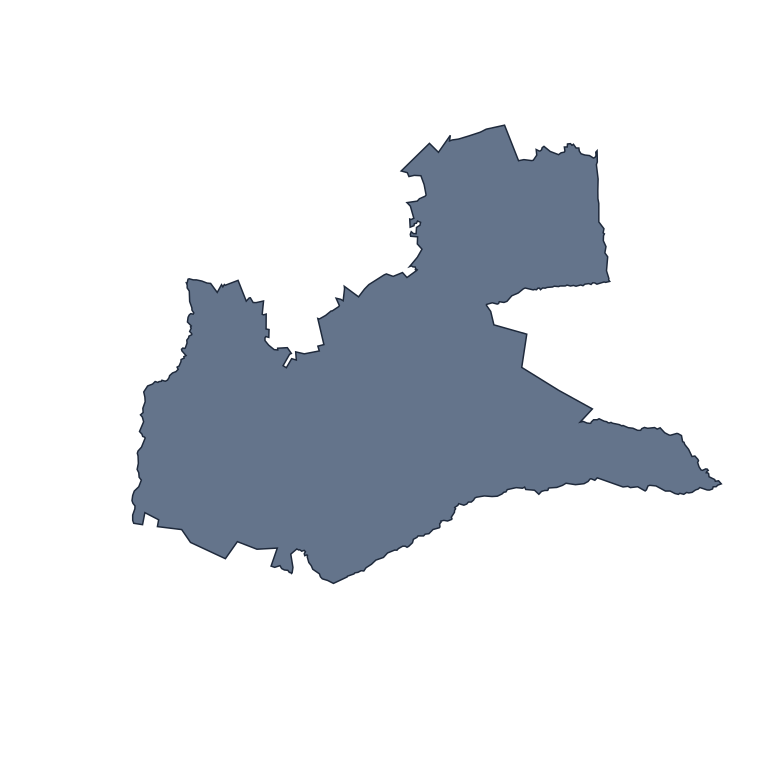 outline of Goromonzi, Mashonaland East, Zimbabwe, rotated 70°
{"feature_id": "62879985B13905566839040", "entity_name": "Goromonzi", "entity_type": "district", "adm_level": 2, "iso_a3": "ZWE", "parent_name": "Zimbabwe", "parent_adm1": "Mashonaland East", "projection": "albers", "projection_center": [31.401, -17.8], "detail": "fine", "context": "isolated", "style": "filled", "palette": "slate", "viewbox_px": 768, "rotation_deg": 70, "n_neighbors": 0, "source": "geoboundaries", "source_scale": "gbopen_adm2", "svg_char_len": 6170}
<svg xmlns="http://www.w3.org/2000/svg" viewBox="0 0 768 768"><g transform="rotate(70 384 384)"><path d="M237.7,104.0L238.6,105.7L241.8,106.6L243.3,108.3L243.3,109.9L239.6,112.8L237.5,117.0L235.0,120.1L231.9,120.8L228.9,120.2L227.9,122.8L223.5,124.0L224.0,125.7L221.9,126.6L221.2,129.5L223.9,130.7L223.0,133.5L226.9,134.3L227.8,135.2L227.3,138.5L228.2,141.5L222.3,148.3L215.4,152.4L216.0,154.5L217.9,155.9L218.4,157.5L218.2,158.4L215.7,160.8L221.2,162.2L224.8,167.2L224.6,168.8L221.0,175.8L220.2,181.2L182.0,182.2L179.5,200.8L180.3,207.4L179.9,219.8L179.3,230.4L178.0,236.4L178.0,239.3L173.0,236.6L184.9,253.6L173.4,259.0L189.7,295.0L193.4,289.8L197.6,289.6L198.3,284.2L200.9,278.1L210.4,278.1L220.8,279.8L221.6,281.1L222.0,287.3L223.5,290.2L221.4,300.4L225.9,298.4L238.5,299.3L238.7,302.2L237.8,303.4L245.6,305.8L245.5,301.7L243.7,300.6L244.0,298.5L242.3,296.8L244.6,294.3L247.1,295.9L248.0,299.9L253.7,302.4L252.7,304.9L250.2,306.3L252.3,308.1L254.3,308.4L257.2,302.1L263.8,304.8L270.3,302.2L276.3,309.3L282.4,319.8L282.4,317.8L283.8,316.8L284.7,314.7L286.8,314.8L287.6,314.1L287.6,315.2L288.5,314.5L291.8,326.0L285.6,328.5L286.0,338.6L281.4,344.1L281.5,346.5L285.4,364.2L288.1,369.8L293.4,378.1L278.6,387.9L281.0,388.5L291.8,393.9L289.6,395.7L287.0,399.7L295.0,399.1L295.8,400.1L297.6,407.6L297.3,408.8L299.6,415.4L300.8,422.6L299.8,423.8L326.4,427.0L325.8,433.2L330.8,433.5L328.4,448.6L323.6,456.0L331.5,458.2L328.6,462.1L335.3,470.2L332.3,472.6L323.8,462.6L323.6,460.6L316.8,462.4L314.0,471.7L315.7,472.2L314.1,475.5L308.0,479.1L302.5,481.0L299.8,480.0L299.0,478.8L300.8,476.3L293.5,473.4L292.0,476.0L278.0,470.8L277.8,473.6L276.8,474.6L264.8,468.8L263.8,476.3L262.7,479.1L257.3,480.1L257.0,481.2L259.0,485.1L236.7,485.7L236.9,499.4L235.9,500.0L237.6,502.2L235.1,502.7L240.9,509.4L230.2,512.5L228.6,515.8L225.0,519.9L222.1,524.5L220.9,527.6L218.5,531.1L218.5,532.3L221.8,534.5L221.4,535.1L223.7,535.1L226.4,536.1L230.1,535.2L240.0,538.4L246.8,538.5L248.9,539.2L252.2,538.4L253.1,539.5L251.8,541.5L252.5,543.4L254.3,545.3L258.5,547.5L263.6,545.2L264.1,546.3L265.6,546.1L268.2,548.7L270.8,547.5L271.9,547.8L272.3,550.9L273.8,551.9L275.3,554.3L278.2,555.1L282.2,558.4L282.3,559.4L281.4,560.7L282.1,562.4L283.7,562.6L289.6,560.3L289.8,562.7L291.3,562.9L291.6,566.3L293.6,567.2L297.0,570.4L297.4,572.7L299.8,572.4L301.2,575.2L301.3,579.0L302.8,582.6L304.5,583.8L306.3,586.2L306.6,588.6L304.5,591.4L305.3,592.2L304.8,594.6L305.2,595.9L303.4,598.2L304.9,601.5L305.0,606.8L309.3,612.5L314.6,613.2L319.0,614.5L324.3,618.9L328.4,620.1L329.7,623.4L332.3,622.4L337.3,622.8L345.0,630.0L348.4,628.6L350.7,628.7L352.0,627.2L353.1,626.9L360.4,633.5L362.8,638.0L364.7,639.5L367.4,639.7L374.6,642.0L379.8,645.2L383.5,644.8L387.9,646.0L391.3,644.9L396.7,649.6L399.2,655.3L402.8,658.3L407.4,660.7L410.3,660.7L413.4,659.7L416.1,660.8L421.2,665.0L426.2,666.8L429.3,666.8L433.6,659.0L423.1,652.7L434.5,642.2L440.5,645.7L451.6,623.9L466.7,620.0L493.9,592.8L482.0,575.7L495.8,559.9L501.7,540.4L516.5,552.4L518.9,549.4L519.1,543.9L522.4,543.3L524.7,541.2L526.2,538.1L528.7,537.4L529.3,536.1L530.4,535.8L530.0,534.9L525.2,532.3L512.0,529.8L509.2,522.4L510.9,520.8L510.9,519.9L513.0,518.5L513.0,515.9L514.7,515.2L516.2,517.0L518.2,517.2L518.2,515.0L518.8,514.5L520.4,515.3L526.1,515.7L529.8,514.5L533.7,514.3L540.3,509.6L543.4,509.7L546.0,508.6L549.3,504.2L554.1,499.7L552.7,484.6L552.1,484.1L552.2,477.2L551.5,475.9L552.1,472.9L551.6,469.4L552.8,466.9L550.5,463.7L549.1,457.4L546.7,451.9L546.8,443.8L544.0,438.5L543.7,430.9L544.6,428.6L543.6,426.8L542.8,421.9L543.7,419.5L545.3,418.2L545.0,416.3L542.9,411.5L540.0,409.5L539.4,405.5L538.4,403.9L540.3,398.8L539.2,396.7L540.0,393.0L537.5,387.7L538.0,381.2L537.4,380.3L534.4,379.5L533.3,377.6L532.3,377.5L532.6,374.4L534.5,371.1L534.4,366.7L533.8,366.2L532.2,366.3L528.7,361.7L526.9,360.9L525.8,359.4L524.2,359.8L523.3,356.1L522.0,354.7L525.2,350.4L525.1,347.3L523.8,345.1L524.8,342.4L523.7,339.5L522.3,337.8L522.0,336.0L523.5,328.0L526.7,321.0L528.2,315.9L527.7,310.7L526.7,308.4L527.1,306.3L525.4,304.3L526.6,295.2L529.3,289.5L529.0,287.1L531.6,286.9L535.3,278.9L540.6,276.2L538.8,272.7L539.0,269.5L539.9,266.9L539.7,266.1L538.3,265.2L538.2,264.2L540.3,257.0L540.3,250.9L539.5,246.9L544.1,238.5L546.1,230.1L545.4,225.6L543.8,223.0L543.8,221.9L546.6,218.8L545.1,215.7L562.5,194.6L563.6,189.8L565.6,188.0L567.3,180.8L573.8,175.2L573.2,173.6L570.1,170.8L570.1,168.9L572.8,163.3L580.8,156.2L582.4,151.8L586.4,148.1L588.4,145.1L587.9,143.4L590.2,140.0L589.4,136.7L590.6,134.9L591.2,131.5L590.1,127.4L590.2,124.8L589.3,122.6L594.1,116.6L595.0,114.4L595.0,111.2L593.2,109.8L594.1,107.0L593.2,104.9L593.2,101.2L589.4,102.7L588.7,105.9L586.9,105.9L582.3,110.3L579.3,109.6L578.2,110.2L577.6,111.5L576.6,110.6L576.1,108.9L574.5,109.4L573.8,110.8L574.1,114.2L573.2,115.5L569.5,116.3L564.9,116.1L563.7,114.7L562.2,114.8L558.0,116.5L557.5,119.4L549.6,120.1L543.6,122.1L541.4,122.0L540.3,123.1L534.2,122.1L531.2,124.7L530.6,125.7L530.1,132.5L529.4,133.6L525.8,136.9L519.6,139.5L519.8,142.7L517.5,144.6L515.8,151.4L513.9,154.1L514.1,157.0L515.3,158.7L514.3,161.5L510.7,165.2L508.6,169.4L504.7,173.6L504.7,174.8L502.6,176.8L499.0,182.7L497.7,183.8L497.7,185.5L497.0,186.8L495.6,187.6L494.2,189.9L490.2,193.8L490.5,195.8L489.3,199.3L490.6,202.2L491.4,202.9L491.5,203.8L490.1,206.6L487.3,209.6L486.9,212.7L478.7,196.7L449.7,222.0L415.5,248.9L386.0,232.8L366.0,260.5L352.3,258.9L345.2,260.8L344.3,260.5L344.7,254.5L347.6,250.3L347.6,248.8L346.1,247.5L348.4,243.4L348.4,240.2L344.8,233.7L344.4,226.7L342.2,220.4L342.1,218.5L346.6,211.6L346.6,210.3L347.6,208.4L346.6,206.7L347.1,205.1L348.9,204.7L348.0,202.1L349.1,199.7L349.0,197.8L350.5,192.4L350.3,190.6L352.2,186.6L352.1,185.1L353.9,180.0L353.6,178.2L355.7,175.3L356.2,172.2L357.8,170.1L358.2,165.3L359.7,163.4L358.9,161.0L359.7,157.2L361.3,155.4L360.3,153.3L361.0,151.5L363.0,149.8L363.4,142.3L364.3,141.0L364.8,136.8L362.9,137.3L361.8,136.6L353.7,136.2L341.0,130.3L336.3,131.6L330.8,128.4L324.4,128.9L319.7,127.0L318.3,125.5L316.9,126.4L313.3,124.2L305.2,126.7L287.8,120.4L283.0,119.6L275.6,117.0L264.6,112.7L250.5,109.4L248.3,107.6L237.7,104.0Z" fill="#64748b" stroke="#1e293b" stroke-width="1.5"/></g></svg>